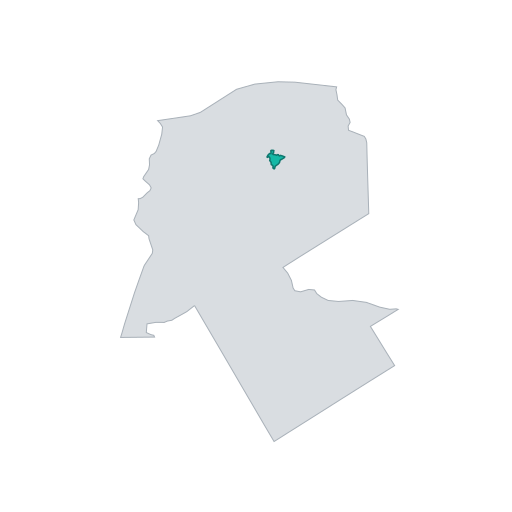 Chichicastenango, Quiché, Guatemala shown in context, rotated 148°
{"feature_id": "79465075B12794992131800", "entity_name": "Chichicastenango", "entity_type": "district", "adm_level": 2, "iso_a3": "GTM", "parent_name": "Guatemala", "parent_adm1": "Quiché", "projection": "albers", "projection_center": [-91.088, 14.889], "detail": "fine", "context": "in_parent", "style": "filled", "palette": "teal", "viewbox_px": 512, "rotation_deg": 148, "n_neighbors": 0, "source": "geoboundaries", "source_scale": "gbopen_adm2", "svg_char_len": 3369}
<svg xmlns="http://www.w3.org/2000/svg" viewBox="0 0 512 512"><g transform="rotate(148 256 256)"><path d="M98.0,356.7L100.1,354.7L101.9,349.8L104.1,344.9L102.8,339.1L102.0,334.4L104.5,327.7L104.3,322.6L105.4,319.4L109.0,317.4L110.9,313.6L100.8,300.1L100.8,297.1L102.1,293.3L110.5,279.1L120.4,262.2L131.3,243.5L137.9,232.2L161.6,232.2L177.4,232.2L197.4,232.2L219.1,232.2L233.3,232.1L239.2,232.0L238.2,224.7L238.9,216.6L241.5,209.2L241.5,206.0L237.2,202.0L229.0,199.7L224.4,196.2L224.4,191.8L222.4,186.4L218.4,180.1L210.1,173.7L197.6,167.1L187.0,158.2L178.2,147.1L170.8,139.9L165.1,136.9L163.7,135.4L180.4,135.5L196.3,135.7L196.4,119.7L196.5,105.6L196.5,89.6L225.2,89.6L259.4,89.5L294.8,89.3L322.7,89.2L339.0,89.1L338.5,108.9L337.8,131.8L337.3,148.7L336.6,171.3L335.9,194.3L335.0,225.7L334.4,246.1L334.8,246.5L344.2,245.5L358.0,246.2L361.4,246.1L365.7,247.8L369.0,248.3L376.1,252.8L384.4,256.2L389.6,249.2L386.8,245.0L384.7,242.9L385.0,241.0L414.0,258.7L410.6,261.6L403.4,268.1L390.2,279.3L378.4,289.3L367.0,298.4L356.7,306.5L355.5,307.3L342.5,313.2L340.3,315.9L337.6,327.3L336.3,330.1L338.7,336.4L341.2,346.2L340.5,351.3L331.4,357.7L327.3,363.4L325.5,367.0L323.9,366.1L321.0,365.8L314.6,367.3L311.4,367.6L308.8,369.3L308.6,372.8L310.3,378.5L311.0,381.4L309.2,382.8L301.2,386.3L298.0,389.7L295.0,395.0L291.5,397.2L287.9,396.8L285.3,397.6L279.7,401.6L271.4,409.2L266.9,414.9L266.9,419.1L267.7,422.9L237.2,409.6L227.0,407.3L184.2,407.7L165.9,402.4L145.0,392.1L130.9,382.8L98.0,356.7Z" fill="#d9dde1" stroke="#a8b0b8" stroke-width="1"/><path d="M185.5,323.9L185.4,324.0L184.9,324.3L184.3,324.6L183.7,324.6L183.2,324.3L182.7,324.4L182.1,324.4L181.6,324.4L181.2,324.4L180.6,324.4L179.9,324.4L179.2,324.7L179.1,324.8L179.2,325.0L179.6,325.5L180.7,327.0L181.2,327.5L181.8,328.3L182.2,328.3L183.0,328.4L183.1,328.6L183.4,329.1L183.4,329.4L183.3,330.0L183.5,330.1L183.8,330.4L184.0,330.5L184.3,330.7L184.8,330.4L185.1,330.4L185.4,330.7L185.6,331.1L185.8,331.4L186.1,331.7L186.3,331.9L187.5,332.8L187.7,333.2L187.8,333.6L187.7,333.7L187.6,333.9L187.4,334.0L186.6,334.1L186.4,334.3L186.0,334.7L185.8,335.1L185.7,335.3L185.5,335.5L185.4,335.6L185.1,335.7L185.0,336.0L185.2,336.3L185.4,336.4L185.6,336.6L185.9,336.8L186.2,337.1L186.4,337.1L186.6,337.3L187.0,337.5L187.4,337.5L187.5,337.5L187.8,337.2L187.9,336.7L188.0,336.7L188.2,336.3L188.3,336.1L188.6,335.6L188.8,335.3L189.1,334.9L189.3,335.0L189.9,335.6L190.1,335.7L191.3,335.5L191.9,335.4L192.3,335.2L193.3,334.7L193.8,334.4L194.1,334.2L194.2,333.9L194.1,333.7L193.9,333.5L193.1,333.6L192.8,333.5L192.6,333.5L192.6,333.4L192.5,333.1L192.4,332.9L192.3,332.6L192.2,332.3L192.4,331.4L192.5,331.3L192.5,331.1L192.7,330.9L193.2,330.2L193.3,330.0L193.8,329.6L193.7,329.2L193.7,328.7L193.7,328.4L193.7,328.0L193.5,327.7L193.5,327.4L193.6,327.2L193.9,326.8L194.1,326.5L194.2,326.4L194.4,326.0L194.6,325.4L194.5,325.1L194.4,325.0L194.2,324.7L194.0,324.2L193.9,323.8L194.0,323.3L194.0,323.2L194.1,322.8L194.1,322.7L194.3,322.5L194.6,322.1L194.9,321.9L195.0,321.8L194.9,321.5L194.9,321.4L194.7,321.2L194.7,320.6L194.4,320.3L194.2,320.2L193.9,320.3L193.6,320.5L193.3,320.8L193.1,321.0L192.7,321.5L192.2,321.8L191.5,322.0L190.6,322.1L190.1,322.1L189.2,322.1L188.4,322.2L188.1,322.3L187.4,322.5L186.9,322.7L186.6,322.8L186.0,323.3L185.9,323.4L185.7,323.6L185.6,323.8L185.5,323.9Z" fill="#14b8a6" stroke="#0f766e" stroke-width="1.5"/></g></svg>